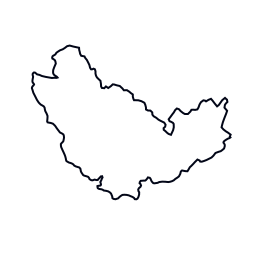 Khoiniki, Gomel, Belarus, rotated 279°
{"feature_id": "67162791B63950130624576", "entity_name": "Khoiniki", "entity_type": "district", "adm_level": 2, "iso_a3": "BLR", "parent_name": "Belarus", "parent_adm1": "Gomel", "projection": "albers", "projection_center": [29.942, 51.823], "detail": "fine", "context": "isolated", "style": "outline", "palette": "ink", "viewbox_px": 256, "rotation_deg": 279, "n_neighbors": 0, "source": "geoboundaries", "source_scale": "gbopen_adm2", "svg_char_len": 4363}
<svg xmlns="http://www.w3.org/2000/svg" viewBox="0 0 256 256"><g transform="rotate(279 128 128)"><path d="M134.7,230.6L135.3,229.9L137.5,230.4L139.1,227.4L140.0,225.2L141.5,222.5L143.3,220.3L145.8,220.5L148.5,220.8L150.6,221.2L153.1,221.7L157.5,222.7L160.5,223.2L161.3,222.3L163.2,220.1L166.0,220.1L167.5,220.8L169.3,222.1L171.5,221.3L172.2,220.1L172.9,219.1L170.2,216.7L164.9,214.1L163.3,212.6L165.7,209.9L168.3,207.2L169.8,205.4L168.4,203.1L166.5,200.9L167.1,199.8L167.1,198.1L164.9,196.0L162.4,195.0L159.2,194.4L157.2,193.6L156.4,191.5L156.3,189.7L155.9,187.8L154.1,187.1L151.2,185.0L150.7,182.0L151.4,180.1L152.9,177.4L154.5,175.4L154.9,173.2L153.1,171.8L150.5,170.8L148.9,169.9L145.6,168.2L143.0,166.8L141.2,168.0L140.8,169.8L140.1,171.6L139.1,172.5L135.9,173.1L132.9,172.9L129.8,172.0L128.0,171.5L128.5,169.0L129.5,167.2L130.8,165.4L131.8,163.6L133.4,163.2L135.1,164.5L137.1,164.6L139.0,162.9L140.2,159.0L141.0,156.8L142.5,154.3L143.6,151.5L145.0,150.0L147.2,149.5L148.7,147.4L148.4,145.0L149.1,142.9L151.2,142.5L153.7,141.4L155.5,140.2L156.6,137.0L157.0,133.7L156.7,131.7L156.4,129.6L157.6,128.8L159.6,127.9L161.9,127.5L162.9,125.4L164.0,123.7L165.2,121.0L164.6,118.0L166.2,116.3L168.2,113.3L168.4,110.3L168.8,107.5L168.7,106.1L166.6,104.5L164.4,102.2L165.6,99.7L163.6,98.3L163.5,95.9L164.9,94.9L167.3,94.4L170.3,93.4L171.7,91.3L173.1,89.4L174.7,88.2L176.6,87.4L179.0,87.0L180.8,86.1L181.2,84.7L180.3,83.3L180.2,82.3L181.6,81.1L184.2,80.0L186.2,78.6L188.8,76.7L190.4,74.9L191.9,73.8L192.0,70.5L193.8,69.1L195.7,68.4L197.4,67.6L199.6,67.1L199.7,64.7L199.9,61.2L200.3,57.5L199.3,55.1L197.1,53.0L195.5,51.2L194.1,48.7L192.3,46.7L191.1,45.5L189.4,44.8L188.5,43.9L187.8,42.9L186.9,42.2L185.5,42.1L184.7,42.5L184.4,43.6L183.4,45.3L182.1,46.0L180.3,46.6L178.0,46.0L176.8,45.7L175.9,45.5L173.8,45.1L172.9,45.1L171.2,45.3L170.0,45.7L169.0,46.6L168.4,47.6L167.5,49.7L166.8,50.5L166.3,49.5L166.1,47.4L165.5,45.0L165.6,38.8L165.9,34.8L166.6,32.3L166.7,30.6L166.8,29.7L167.6,28.5L168.2,27.4L168.1,26.4L167.0,25.5L166.1,25.4L165.3,25.6L164.0,26.2L162.9,26.3L161.9,26.2L160.0,26.2L158.8,26.4L158.0,26.8L157.5,27.4L156.9,28.0L156.4,28.4L155.5,28.1L154.2,27.2L153.0,26.8L152.1,26.9L150.9,27.6L148.0,29.0L144.7,31.4L141.5,33.7L139.2,35.8L138.2,37.1L137.4,38.3L137.1,39.2L136.2,41.4L135.1,42.4L133.3,43.0L131.7,43.7L130.5,44.6L129.6,45.3L128.4,46.0L127.4,46.6L126.2,46.8L124.1,47.0L121.9,47.1L121.0,47.7L121.0,47.9L120.9,49.3L120.9,50.8L120.7,52.1L120.5,53.2L119.6,54.5L118.9,55.5L117.8,56.6L116.8,57.5L115.5,58.8L114.0,60.4L113.0,61.4L112.6,62.5L112.2,63.8L111.5,65.2L110.4,65.8L108.6,66.3L106.8,66.3L104.9,66.2L103.8,65.6L102.6,64.7L101.7,64.2L99.7,64.6L98.5,65.1L97.3,65.9L96.2,66.6L94.0,68.1L91.7,69.6L90.1,70.5L88.0,71.4L86.7,71.8L85.7,72.4L85.3,73.3L84.6,75.2L84.5,76.3L84.2,78.0L83.5,79.7L82.5,80.7L81.9,82.4L81.6,84.4L81.4,86.0L80.4,87.3L78.8,87.9L77.7,88.3L76.6,89.1L75.6,90.1L74.7,90.8L74.2,91.8L74.0,93.0L73.8,94.7L73.5,96.3L72.6,97.3L71.5,98.0L70.8,99.6L70.7,100.3L70.8,101.3L71.8,103.0L71.7,104.5L71.7,105.5L72.0,106.3L73.1,106.8L74.4,107.8L75.9,108.7L76.3,110.0L75.1,110.6L74.2,110.2L71.9,109.7L70.3,109.1L69.0,109.8L67.7,110.2L66.9,109.8L66.5,108.6L65.9,106.9L65.1,107.0L63.8,107.6L63.3,109.0L63.3,110.3L63.3,111.6L63.0,112.9L62.5,113.7L62.5,115.2L62.5,116.4L62.3,118.4L61.6,120.1L60.6,121.5L58.0,123.1L56.3,123.6L55.7,124.8L55.7,126.8L57.0,129.3L58.2,130.1L59.7,131.4L61.0,132.9L61.5,134.8L61.7,137.1L61.6,139.3L61.1,141.1L60.6,143.3L59.8,145.0L58.8,145.8L58.9,147.4L59.7,148.4L61.6,149.1L64.0,149.4L66.3,149.1L67.3,148.2L68.9,147.7L70.3,148.2L71.8,149.5L73.2,149.9L74.6,149.1L75.2,148.1L76.4,148.1L77.8,148.8L78.4,151.3L78.7,153.1L79.3,153.8L81.1,154.9L82.3,155.4L82.2,157.3L81.5,158.1L80.2,158.9L78.9,159.8L77.5,161.6L77.5,162.8L78.5,165.9L79.5,167.3L80.3,170.0L80.7,172.7L80.9,176.2L81.4,177.8L82.3,179.7L83.5,181.4L85.1,182.7L86.8,184.6L88.2,185.9L90.9,186.8L93.3,187.0L94.5,188.0L94.4,190.2L94.4,191.9L94.6,193.5L96.5,194.3L98.9,195.2L100.4,196.4L102.5,197.9L104.8,199.4L106.3,200.5L107.7,201.5L107.1,203.8L106.1,204.6L106.3,206.2L107.3,208.2L108.7,210.6L110.9,213.7L111.9,215.1L114.0,216.7L115.5,217.5L117.0,218.3L118.1,220.2L118.8,221.5L119.6,223.2L121.0,224.6L122.8,226.1L125.2,226.4L126.5,226.2L127.7,225.4L128.4,224.6L129.3,224.6L130.4,225.3L132.0,227.0L133.2,228.5L133.9,229.8L134.7,230.6Z" fill="none" stroke="#020617" stroke-width="2"/></g></svg>